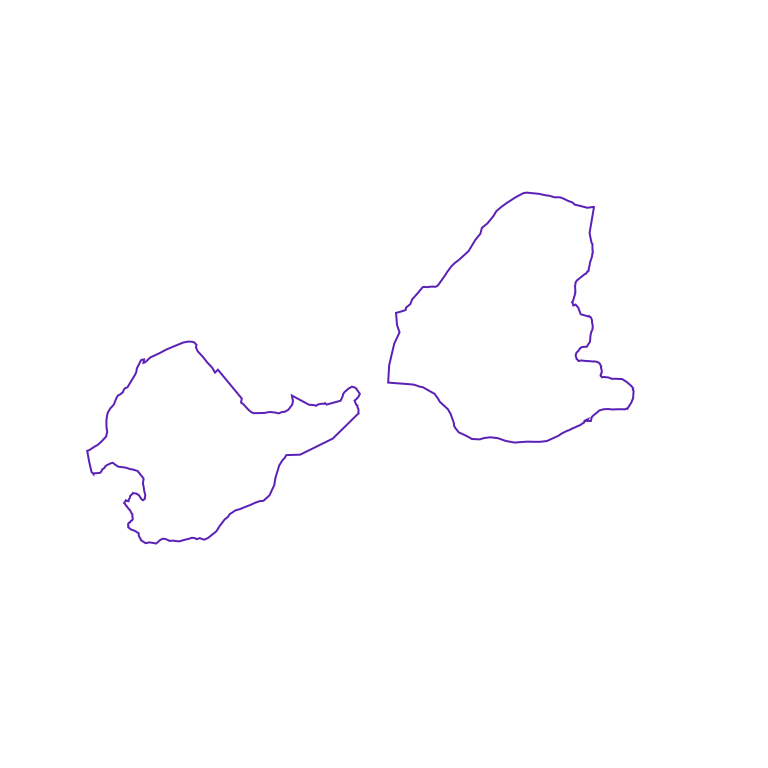 Assuit, Asyut, Egypt (Robinson projection), rotated 302°
{"feature_id": "37247803B81923803494172", "entity_name": "Assuit", "entity_type": "district", "adm_level": 2, "iso_a3": "EGY", "parent_name": "Egypt", "parent_adm1": "Asyut", "projection": "robinson", "projection_center": [31.15, 27.164], "detail": "fine", "context": "isolated", "style": "outline", "palette": "violet", "viewbox_px": 768, "rotation_deg": 302, "n_neighbors": 0, "source": "geoboundaries", "source_scale": "gbopen_adm2", "svg_char_len": 6167}
<svg xmlns="http://www.w3.org/2000/svg" viewBox="0 0 768 768"><g transform="rotate(302 384 384)"><path d="M645.3,468.3L645.1,467.7L641.2,463.1L638.9,455.7L637.2,450.7L637.8,447.7L636.8,442.7L636.4,438.4L635.7,434.7L634.7,432.7L632.8,430.0L632.1,427.4L631.1,424.0L629.8,421.4L627.4,414.7L623.8,407.4L621.8,403.4L619.6,401.0L611.8,396.5L606.2,393.9L602.6,392.2L596.2,389.6L590.1,387.7L584.3,387.8L575.0,386.6L568.3,384.3L562.5,386.1L554.8,385.1L541.5,385.3L529.1,381.8L523.8,379.8L519.5,378.8L512.2,378.2L507.8,378.2L503.1,377.9L497.6,377.6L495.5,377.3L493.8,376.2L491.5,372.3L489.0,369.3L487.7,366.7L486.6,365.5L479.2,364.5L470.5,363.0L465.7,364.0L460.4,362.2L458.3,363.2L456.5,361.8L452.1,357.9L450.7,356.5L441.0,363.7L436.8,368.9L436.1,369.8L426.1,371.0L424.1,371.2L423.4,371.4L413.9,374.6L402.5,378.5L393.4,383.5L387.4,386.8L398.2,407.4L399.3,409.8L400.0,412.6L400.6,415.4L401.9,418.9L402.2,427.4L402.5,432.1L401.3,434.9L399.9,438.3L398.6,440.4L397.9,443.9L396.5,451.5L393.9,456.4L390.6,460.5L387.9,464.0L385.9,465.4L384.6,467.5L382.6,473.0L383.3,477.9L383.9,484.8L383.9,487.6L384.7,489.0L387.8,494.6L391.1,497.4L395.1,502.3L398.4,509.2L399.0,512.0L400.3,517.6L403.6,525.9L405.6,528.6L406.2,529.4L410.8,535.7L416.7,545.5L418.7,548.3L422.0,552.4L427.3,555.9L432.6,559.4L435.9,560.8L438.1,562.1L441.8,564.4L442.4,565.1L447.1,567.9L447.7,568.5L451.0,570.6L453.0,572.1L456.3,573.5L457.6,574.2L458.9,573.5L462.2,575.6L460.2,575.6L462.2,579.0L466.2,577.7L468.8,578.4L472.8,579.8L475.4,580.5L478.7,583.3L480.7,586.1L482.0,588.2L483.3,591.0L486.6,595.8L487.9,597.9L489.2,600.0L489.9,601.4L491.8,602.8L491.8,603.5L499.1,603.6L503.0,602.9L503.7,602.9L510.3,599.4L511.0,598.0L512.2,597.8L513.0,596.0L513.7,593.2L514.3,589.0L514.4,583.5L511.7,578.6L509.1,574.4L508.5,570.9L507.1,568.1L506.5,566.7L505.2,565.3L505.8,563.3L506.5,563.3L507.2,562.6L508.5,562.6L509.1,562.6L511.1,561.2L511.8,560.5L513.1,559.1L513.8,559.1L515.1,557.0L515.8,555.7L515.8,553.6L515.1,551.5L514.5,550.1L513.8,549.4L512.5,546.6L511.8,545.2L510.5,543.1L508.9,539.7L508.6,538.9L507.9,538.2L506.6,536.8L507.3,534.8L507.3,534.1L509.2,532.0L509.9,531.3L512.6,530.6L515.2,531.3L517.8,531.3L519.8,532.0L521.1,533.4L523.1,536.2L527.7,536.2L529.0,536.3L530.4,535.6L531.7,534.9L533.0,534.2L534.3,533.5L536.3,532.8L538.3,532.1L539.6,532.1L541.6,531.5L542.9,530.8L544.9,529.4L546.2,528.0L548.2,526.6L548.9,525.9L550.2,523.8L550.2,521.8L549.6,521.8L548.3,516.9L547.6,514.8L547.6,513.4L548.3,512.7L550.9,509.2L551.6,508.6L552.9,504.4L550.9,503.0L552.9,500.9L552.9,500.2L554.9,500.2L556.8,499.6L562.2,498.2L562.9,497.5L563.5,497.5L565.5,496.1L567.5,494.7L568.1,494.0L568.8,494.0L570.1,493.4L571.5,492.7L573.4,492.7L574.1,492.7L576.1,493.4L578.1,494.1L580.0,494.8L582.0,495.5L584.0,496.2L584.6,496.9L587.3,496.9L587.9,497.6L591.3,496.2L593.2,495.6L596.5,494.2L599.9,493.5L602.5,492.8L605.1,491.5L605.7,491.7L607.8,490.1L609.8,488.7L613.1,486.6L613.7,485.2L616.5,482.5L617.2,481.9L618.9,480.2L619.7,479.6L621.0,478.3L645.3,468.3ZM325.4,312.0L321.2,315.9L317.9,317.1L311.4,316.5L307.6,314.4L306.5,312.6L303.3,310.3L302.1,306.8L299.8,302.0L296.0,297.8L293.3,293.7L290.1,288.8L289.8,286.1L290.4,282.3L292.3,275.5L292.5,272.6L296.3,271.1L308.1,235.6L304.1,234.6L304.2,234.4L306.8,229.7L308.7,222.4L310.9,216.5L313.0,208.8L315.4,205.1L317.8,204.3L318.7,201.1L318.2,199.0L316.1,195.3L312.8,191.8L304.4,185.7L298.1,181.3L290.7,177.0L282.8,171.8L277.2,170.3L275.7,169.8L274.5,168.7L277.7,167.5L275.8,165.4L273.8,165.4L272.1,165.7L267.8,166.0L266.0,166.2L263.2,167.5L260.1,168.0L256.3,168.0L250.9,168.1L245.4,168.2L243.1,166.6L241.1,166.4L238.7,166.9L235.5,165.8L233.1,164.4L229.1,164.7L223.4,165.8L218.1,164.8L213.4,164.9L209.4,166.3L205.5,168.2L200.5,171.4L196.8,174.6L192.1,176.2L185.3,174.8L180.6,173.5L177.3,171.6L171.7,169.1L170.1,167.7L162.4,174.6L154.5,182.5L153.6,185.4L154.3,185.0L155.8,187.1L156.7,188.4L157.7,189.7L158.6,190.5L159.2,190.5L159.9,190.5L160.9,190.6L162.1,190.3L164.5,191.3L166.5,191.3L167.6,191.6L171.0,193.7L172.0,194.3L173.5,195.8L173.4,196.8L173.1,198.9L173.1,201.7L173.1,202.4L173.4,203.4L174.0,204.3L174.9,206.5L175.9,208.6L176.4,209.8L176.7,211.4L177.2,213.2L177.7,214.9L178.4,216.3L179.7,221.2L179.0,222.6L179.0,223.3L178.4,224.7L177.7,226.8L176.4,230.2L175.0,230.9L171.7,232.3L170.4,233.7L169.7,234.4L166.4,237.2L163.8,239.9L163.1,240.6L161.1,241.3L159.8,242.0L157.8,241.3L157.8,239.2L159.2,236.4L159.8,235.1L159.8,233.7L159.8,233.0L159.8,231.6L158.5,229.5L158.5,228.8L157.2,228.8L156.0,228.5L154.5,228.1L153.0,228.8L150.6,228.8L149.2,229.5L148.6,228.1L148.6,226.7L146.6,226.7L145.3,226.7L145.3,227.4L144.0,230.1L144.0,230.8L143.3,232.2L142.6,234.3L142.6,235.0L140.6,238.5L140.0,239.9L138.6,240.5L137.3,241.9L136.0,242.6L134.7,242.6L134.0,241.9L132.0,241.9L131.4,241.2L130.0,241.2L129.4,241.2L128.1,242.6L127.4,242.6L126.9,243.1L126.7,245.4L126.7,247.5L127.4,250.2L127.4,251.6L127.4,254.4L127.4,255.1L125.4,256.5L124.1,258.6L123.4,260.0L122.7,260.7L122.7,262.1L122.7,263.4L122.7,266.2L125.4,269.0L126.0,270.4L128.0,275.3L132.6,276.7L135.3,278.1L136.6,280.2L137.2,283.7L137.2,285.1L139.2,287.8L139.9,289.2L140.5,290.6L141.8,293.4L143.2,294.8L147.1,298.3L148.4,299.7L149.1,300.4L151.7,302.5L152.5,304.1L153.1,305.3L153.1,307.4L155.7,309.4L156.3,312.9L157.0,314.3L160.3,316.4L164.3,317.8L170.2,319.9L176.8,319.9L184.8,320.7L188.7,322.1L190.7,322.1L192.0,322.1L194.7,323.5L198.0,324.9L201.9,328.4L203.9,329.8L206.8,331.9L210.5,334.7L215.8,338.2L219.1,341.0L221.1,343.7L229.0,345.9L234.3,345.2L240.2,344.5L243.5,343.1L246.8,341.7L256.8,339.0L259.4,338.3L265.4,338.3L269.3,339.0L271.9,338.8L279.6,350.3L310.6,369.5L344.6,377.7L345.6,378.1L346.3,377.3L348.1,376.4L349.1,375.6L350.2,373.9L351.7,372.8L351.7,371.4L353.2,369.4L354.3,367.8L356.4,368.5L359.1,369.1L360.6,369.0L362.8,368.8L364.1,365.8L365.0,363.8L365.3,363.1L365.6,361.4L365.1,359.6L364.7,358.2L362.3,356.9L361.0,356.2L359.1,355.7L358.4,355.5L356.4,354.8L353.8,354.7L351.8,355.4L349.8,355.7L346.8,356.0L336.1,346.2L336.4,344.9L336.6,344.2L335.3,343.5L334.7,342.4L334.4,341.7L333.7,341.1L332.7,340.0L331.3,338.6L329.7,338.1L329.2,336.6L328.7,335.2L327.9,333.5L326.7,331.7L325.4,312.0Z" fill="none" stroke="#5b21b6" stroke-width="2"/></g></svg>